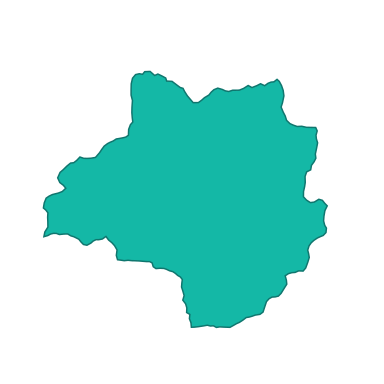 Itamonte, Minas Gerais, Brazil, rotated 195°
{"feature_id": "56859067B95812833823274", "entity_name": "Itamonte", "entity_type": "district", "adm_level": 2, "iso_a3": "BRA", "parent_name": "Brazil", "parent_adm1": "Minas Gerais", "projection": "equal_earth", "projection_center": [-44.75, -22.29], "detail": "fine", "context": "isolated", "style": "filled", "palette": "teal", "viewbox_px": 384, "rotation_deg": 195, "n_neighbors": 0, "source": "geoboundaries", "source_scale": "gbopen_adm2", "svg_char_len": 3004}
<svg xmlns="http://www.w3.org/2000/svg" viewBox="0 0 384 384"><g transform="rotate(195 192 192)"><path d="M172.9,85.2L169.2,82.3L167.0,78.7L166.0,74.2L162.4,73.2L161.7,68.9L159.2,65.5L157.6,61.2L154.4,62.2L150.9,63.6L146.1,65.7L142.7,67.3L139.6,67.3L136.7,68.3L133.4,67.5L130.3,68.9L126.5,69.7L120.3,71.1L117.1,74.2L114.9,76.4L112.5,78.3L109.7,81.4L107.1,84.8L104.4,86.0L101.9,87.5L99.0,89.5L94.7,91.4L92.3,94.4L92.1,98.5L91.7,105.4L89.9,108.9L87.5,111.2L84.5,112.2L81.6,113.8L79.7,117.2L78.1,122.6L76.6,127.5L78.0,131.2L80.3,135.2L77.7,138.1L74.7,139.9L71.6,141.0L68.6,143.4L64.2,144.4L62.5,148.0L62.0,153.8L61.8,159.1L63.5,162.8L65.2,165.8L65.0,170.3L63.7,173.8L61.7,176.9L58.9,180.1L56.6,182.0L54.0,184.0L52.1,187.5L52.8,191.9L55.2,194.2L57.4,198.1L58.3,202.8L58.8,208.4L57.8,213.6L60.8,215.4L63.9,217.7L67.6,217.8L71.3,213.9L74.9,212.4L79.3,213.8L83.1,216.2L84.4,221.3L84.6,226.3L85.1,230.6L86.8,236.2L86.5,241.1L83.1,244.1L83.5,248.7L81.9,252.8L81.1,256.7L82.7,260.6L83.0,266.5L83.4,272.0L85.6,275.5L86.9,278.9L86.9,283.4L89.2,286.3L93.3,285.3L98.2,284.1L103.0,283.9L107.4,282.5L111.3,282.8L115.1,283.4L119.2,285.7L121.6,289.5L124.6,292.8L127.9,297.1L127.7,301.6L128.1,308.6L130.2,313.7L133.1,318.0L136.3,321.4L139.0,322.8L141.4,319.6L144.1,318.6L146.7,316.7L149.3,313.5L153.8,314.3L156.9,311.5L161.1,308.4L165.3,309.4L169.0,305.4L172.7,302.6L176.2,301.6L179.1,300.8L182.5,298.6L186.0,298.3L189.2,298.9L194.0,299.0L197.3,296.5L199.3,293.4L200.8,290.0L204.4,286.3L206.5,283.1L209.0,280.0L214.0,278.6L221.4,283.7L225.3,287.3L227.5,289.8L230.5,289.9L234.5,291.5L239.9,293.7L245.2,292.6L246.9,295.3L251.1,296.3L255.5,297.1L258.2,294.9L263.7,297.6L268.8,296.0L270.2,292.9L273.5,292.6L276.9,290.8L278.9,286.5L278.7,280.8L277.2,274.6L275.9,269.8L273.2,265.0L271.9,258.3L270.6,253.0L268.9,248.2L267.3,244.3L268.9,241.1L269.4,236.1L268.1,230.3L270.2,227.9L273.1,226.3L276.3,224.8L278.9,223.6L281.4,220.8L283.9,218.9L286.1,216.9L288.7,213.6L290.2,209.8L291.5,205.9L294.2,200.4L298.3,198.5L302.0,197.3L305.4,196.5L309.3,196.8L311.6,192.6L313.8,189.7L316.8,188.5L319.6,184.6L322.5,179.7L324.5,176.8L325.4,170.9L322.1,166.9L318.0,165.2L314.9,163.0L317.4,158.9L320.8,156.4L323.7,154.8L326.2,153.4L329.0,151.0L331.3,148.3L331.9,143.2L331.4,138.1L328.5,136.7L325.8,134.6L324.9,130.2L323.5,125.8L322.1,120.8L323.8,115.3L323.5,110.5L320.0,112.6L317.7,114.8L315.1,116.2L312.3,116.9L309.1,116.6L305.0,118.2L301.2,119.3L297.7,118.3L294.6,118.2L292.0,117.7L289.1,117.1L286.3,115.0L283.3,113.2L279.7,113.4L276.5,116.4L274.7,119.1L272.4,121.1L269.7,121.8L266.4,123.4L263.6,126.8L260.1,124.0L256.3,122.3L252.9,120.1L249.4,116.6L248.7,111.2L246.4,107.3L243.4,107.7L239.7,108.1L236.1,109.5L232.3,110.1L229.4,110.8L225.3,111.7L221.3,112.4L218.0,113.0L214.9,113.8L212.2,113.2L210.1,109.8L207.0,108.7L203.1,110.1L199.3,110.9L196.5,110.7L193.3,110.1L189.9,110.1L187.0,109.1L184.2,107.7L181.2,106.9L178.7,104.9L178.2,101.2L177.5,97.5L175.1,93.8L172.8,89.9L172.9,85.2Z" fill="#14b8a6" stroke="#0f766e" stroke-width="1.5"/></g></svg>